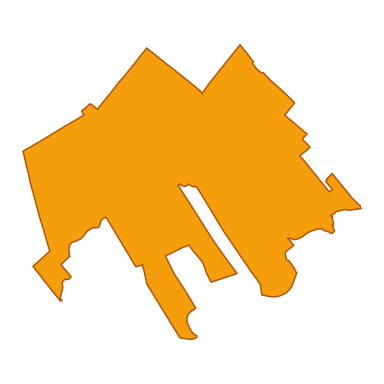 Frumusani, Calarasi, Romania, rotated 90°
{"feature_id": "2599482B46828357361633", "entity_name": "Frumusani", "entity_type": "district", "adm_level": 2, "iso_a3": "ROU", "parent_name": "Romania", "parent_adm1": "Calarasi", "projection": "orthographic", "projection_center": [26.321, 44.314], "detail": "fine", "context": "isolated", "style": "filled", "palette": "amber", "viewbox_px": 384, "rotation_deg": 90, "n_neighbors": 0, "source": "geoboundaries", "source_scale": "gbopen_adm2", "svg_char_len": 5886}
<svg xmlns="http://www.w3.org/2000/svg" viewBox="0 0 384 384"><g transform="rotate(90 192 192)"><path d="M339.2,194.6L339.2,192.1L339.2,191.8L339.0,191.5L338.8,191.3L338.8,191.0L338.8,190.6L338.8,190.2L338.7,189.8L337.8,188.1L337.5,187.5L337.2,187.2L336.6,187.2L335.8,187.3L335.6,187.4L335.4,187.9L334.1,190.1L333.4,190.9L331.7,192.1L330.9,192.9L328.3,194.2L327.1,194.6L326.0,195.2L325.5,195.6L322.6,196.7L321.5,196.8L320.3,197.0L318.4,197.0L317.0,196.8L315.5,196.3L315.1,196.1L313.8,195.2L313.1,194.8L311.5,192.9L308.8,189.0L308.3,188.4L307.9,188.4L307.0,189.0L291.1,198.5L275.5,208.7L274.1,209.7L271.8,210.8L255.9,218.6L253.9,214.3L247.3,200.8L246.9,199.8L246.7,198.9L246.5,198.4L245.1,195.4L248.6,192.6L259.9,183.5L262.3,181.5L265.8,180.0L268.7,178.9L271.6,178.2L281.7,173.3L282.0,172.7L281.9,172.2L281.0,169.3L274.7,150.6L273.7,147.4L273.6,147.0L273.3,147.1L270.2,149.4L259.7,157.2L248.1,165.5L243.4,168.7L237.7,172.5L236.7,173.2L228.7,178.3L226.8,179.5L225.1,180.5L214.4,187.3L200.8,195.9L196.6,198.7L185.1,206.0L183.9,204.0L185.1,203.4L185.3,202.8L185.5,202.0L186.0,201.7L186.2,197.8L184.9,196.3L184.4,195.8L184.2,195.6L184.4,195.0L185.1,193.9L186.1,192.2L186.6,191.4L186.6,191.0L186.3,190.1L186.8,189.2L187.0,188.8L186.6,187.5L188.2,186.5L209.4,173.6L222.9,165.5L231.7,160.1L235.4,157.5L253.3,145.4L267.2,135.9L269.9,134.1L283.8,124.0L285.8,123.6L295.1,122.0L295.4,119.9L295.8,118.0L296.4,114.9L296.5,114.7L296.7,112.7L296.8,111.3L296.7,108.4L296.3,105.3L293.2,98.3L289.8,94.6L286.1,92.1L280.2,89.8L274.5,87.8L273.4,87.6L272.4,87.2L272.2,88.1L267.5,90.1L265.7,91.6L261.0,94.9L260.6,95.3L260.4,95.6L260.3,95.8L260.2,96.5L260.1,96.8L259.8,97.1L258.8,97.6L253.4,99.0L253.2,99.0L252.4,98.5L251.3,97.6L250.7,97.1L245.5,90.3L242.2,92.8L240.4,94.0L239.6,94.8L238.5,96.2L238.3,93.1L238.7,92.3L238.8,91.7L239.0,91.0L239.5,90.9L239.5,88.3L238.4,84.9L236.7,81.4L232.7,76.3L231.5,73.5L230.7,71.4L229.1,67.2L229.4,67.1L228.8,64.2L228.8,62.9L229.7,61.1L230.6,59.5L231.0,58.8L231.1,58.2L231.1,57.4L231.4,56.3L231.9,55.0L232.8,54.0L233.1,53.4L233.5,52.3L233.4,51.9L231.1,49.4L228.3,50.5L226.7,51.3L225.5,52.2L225.3,52.2L225.2,52.1L225.5,50.8L225.4,50.6L223.4,50.5L218.3,51.8L216.9,51.5L215.7,53.5L215.3,53.2L215.0,52.4L214.6,51.0L214.4,50.5L213.9,49.9L212.7,49.0L212.2,48.5L211.0,46.4L211.0,45.4L210.8,44.5L209.6,40.0L209.8,36.8L210.0,36.2L210.2,34.4L208.5,23.0L208.2,23.3L207.6,23.5L206.0,23.7L205.7,23.8L205.1,24.3L205.1,25.0L201.8,28.1L198.4,31.6L197.9,32.0L195.2,34.3L193.3,35.8L192.8,36.1L174.6,51.1L173.5,52.0L175.5,53.9L176.7,55.0L177.4,55.7L178.3,56.5L179.2,57.4L179.6,57.8L180.5,57.2L180.8,57.2L181.6,58.2L189.6,51.6L191.7,54.8L184.6,60.6L183.1,61.8L181.6,63.0L179.1,65.1L178.2,65.8L174.3,69.0L169.6,72.7L167.4,74.5L166.1,75.5L163.5,77.4L163.6,77.6L156.2,83.9L155.9,83.8L155.3,83.6L149.7,76.6L147.8,74.4L147.5,74.1L147.3,74.0L147.1,74.1L146.9,74.3L146.1,75.0L142.9,78.0L139.7,81.1L139.5,81.3L139.2,81.4L138.8,81.4L138.5,81.3L137.7,80.6L134.0,77.0L131.6,79.9L130.2,81.6L127.8,84.3L126.7,85.6L124.2,88.6L120.8,92.6L119.9,93.7L118.8,95.0L117.5,96.6L115.1,99.3L102.9,89.4L99.7,92.5L92.8,99.5L88.8,103.9L80.8,113.1L79.5,114.5L79.3,114.7L79.1,114.6L77.1,116.7L76.4,117.3L75.9,117.8L74.6,119.1L74.4,119.1L72.6,120.9L73.0,121.2L72.1,123.8L70.7,124.9L70.6,125.2L70.7,125.4L69.6,126.8L66.3,129.3L63.0,131.6L62.6,131.2L62.0,130.7L61.8,130.7L61.7,130.7L54.2,136.4L46.0,143.0L44.8,143.9L46.5,145.3L53.6,151.0L54.8,151.9L56.3,153.1L58.3,154.8L59.9,156.0L66.4,161.2L73.7,167.0L74.6,167.8L78.3,170.7L80.8,172.7L84.7,175.8L87.6,177.8L92.2,181.1L93.5,181.9L91.5,183.3L91.4,183.4L91.1,183.7L90.9,184.0L89.9,185.0L88.8,186.4L86.4,189.3L84.0,192.2L82.5,194.1L81.0,195.9L77.2,200.6L73.1,205.7L69.3,210.5L67.2,213.2L66.9,213.6L65.3,215.6L62.6,219.1L55.0,228.7L48.1,237.3L56.4,244.0L58.6,245.6L60.3,246.8L61.0,247.5L63.0,249.1L65.3,251.0L77.8,261.0L77.9,260.9L78.4,261.4L78.2,261.5L80.5,263.7L88.7,270.1L92.7,273.2L98.6,278.1L109.2,286.6L106.3,290.2L104.9,292.0L103.9,293.1L104.2,293.8L104.1,294.2L104.1,294.4L104.3,294.8L104.7,295.1L105.3,295.7L106.7,297.2L108.8,299.7L110.2,301.5L110.7,302.2L110.9,302.3L115.1,300.2L115.6,300.9L116.9,303.0L117.7,304.6L118.3,305.6L118.8,306.2L121.4,310.7L121.9,311.6L122.5,312.6L123.2,313.9L124.5,316.1L126.0,318.8L128.3,322.3L135.3,334.1L137.3,337.2L138.5,339.2L143.6,347.8L144.1,348.7L146.1,352.1L147.1,353.9L150.1,359.1L150.9,360.5L151.3,361.0L153.7,360.3L166.2,357.5L167.1,357.3L175.1,355.1L178.0,354.6L180.6,354.2L181.4,354.0L183.5,353.5L187.2,352.5L192.8,350.9L199.7,349.0L204.0,347.9L210.4,346.2L217.9,344.2L229.4,340.5L232.8,339.6L247.3,335.4L250.2,334.4L250.4,334.3L251.4,334.4L266.3,351.0L268.2,349.6L270.7,347.7L272.3,346.4L284.8,336.6L287.6,334.4L293.6,329.6L297.3,326.6L301.0,323.7L300.7,322.1L300.2,322.1L299.4,323.1L298.5,323.7L297.5,323.7L296.3,323.5L294.8,322.9L294.1,322.7L291.5,322.3L290.5,321.8L288.6,321.4L286.2,321.3L284.1,321.7L282.8,321.6L281.7,321.3L280.9,320.7L280.1,320.0L279.4,318.9L279.2,318.5L279.4,316.2L279.2,315.2L276.6,312.9L272.2,316.6L269.9,318.6L267.9,320.4L267.0,321.0L265.8,322.0L264.6,322.9L261.5,319.8L261.1,319.3L256.1,314.2L255.2,314.7L254.6,314.7L254.0,314.5L253.5,314.6L252.0,314.9L250.1,315.2L247.2,314.9L246.2,314.6L244.4,313.8L243.2,313.0L242.5,312.0L241.9,310.6L241.3,308.5L239.2,303.8L238.5,302.9L236.9,301.3L234.2,299.1L233.2,298.4L232.0,297.5L231.0,296.4L230.3,295.5L230.2,295.2L227.7,291.4L227.8,289.6L227.8,288.4L227.7,287.2L227.3,285.7L227.0,285.2L226.6,284.9L225.6,284.4L224.4,284.0L223.7,283.8L222.0,283.5L220.4,282.7L219.4,281.9L218.8,281.3L217.2,278.0L233.2,268.3L237.2,266.0L238.8,265.0L241.6,263.3L244.2,261.7L246.8,260.2L248.3,259.3L249.1,258.9L249.6,258.7L252.0,257.1L255.2,255.1L257.7,253.8L259.8,252.4L261.9,251.3L262.6,250.8L266.8,248.2L266.3,246.4L265.5,243.9L265.0,241.9L265.0,241.4L269.2,240.6L269.3,240.3L284.1,237.1L337.8,204.1L339.2,194.6Z" fill="#f59e0b" stroke="#b45309" stroke-width="1.5"/></g></svg>